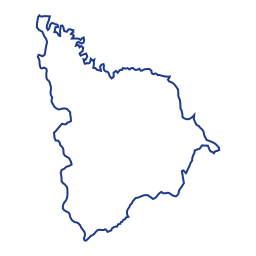 outline of São Jerônimo da Serra, Paraná, Brazil
{"feature_id": "56859067B6794406070679", "entity_name": "São Jerônimo da Serra", "entity_type": "district", "adm_level": 2, "iso_a3": "BRA", "parent_name": "Brazil", "parent_adm1": "Paraná", "projection": "equal_earth", "projection_center": [-50.795, -23.707], "detail": "fine", "context": "isolated", "style": "outline", "palette": "blue", "viewbox_px": 256, "rotation_deg": 0, "n_neighbors": 0, "source": "geoboundaries", "source_scale": "gbopen_adm2", "svg_char_len": 4407}
<svg xmlns="http://www.w3.org/2000/svg" viewBox="0 0 256 256"><path d="M39.3,15.4L38.2,17.0L37.5,20.4L37.0,24.0L36.9,27.3L39.1,30.1L40.5,30.7L42.4,31.8L44.1,35.9L46.1,39.0L47.1,41.9L46.4,45.0L45.8,47.9L45.3,51.0L44.9,54.0L44.0,55.4L42.3,56.2L39.8,55.1L38.5,54.9L37.8,57.0L38.9,58.7L39.5,61.0L39.6,64.0L40.0,65.8L40.6,68.0L41.9,68.4L44.2,67.6L46.3,68.8L46.8,70.8L46.3,73.2L46.4,77.6L47.0,79.2L49.5,81.8L50.1,84.5L50.8,86.1L51.0,88.8L50.6,91.6L50.6,93.4L50.9,95.1L52.2,97.5L51.7,99.3L51.5,101.7L52.7,103.7L54.1,106.4L55.9,108.1L58.9,109.5L62.5,108.6L64.3,108.4L67.1,109.0L68.6,110.7L70.2,112.2L70.2,114.7L70.7,116.9L71.0,121.0L69.1,122.1L67.4,122.6L66.3,124.0L65.0,124.4L62.0,123.8L59.5,126.6L55.6,131.3L54.0,132.6L54.3,135.3L54.5,137.7L55.6,140.5L58.0,140.6L59.6,142.4L60.2,145.0L62.5,147.5L63.4,149.6L63.5,151.7L63.7,153.8L64.9,155.7L66.8,156.8L68.8,157.9L69.8,159.4L70.9,161.6L71.6,164.6L70.2,165.4L68.7,166.0L67.2,166.6L65.8,167.2L64.2,168.8L61.7,169.9L60.7,172.8L61.3,175.8L61.6,178.6L61.5,181.2L63.0,183.1L64.9,184.5L66.8,186.8L67.4,189.2L67.5,194.4L67.0,198.0L65.9,200.5L64.8,201.9L63.6,203.5L62.9,206.0L62.9,208.7L64.5,210.5L67.8,212.2L69.0,213.0L69.7,214.6L70.1,216.8L71.9,220.1L74.1,221.8L76.5,222.5L78.3,223.2L80.2,225.4L81.2,227.6L82.4,229.3L84.3,231.7L84.9,233.4L84.9,235.5L83.9,238.5L84.5,240.3L85.9,240.6L87.2,239.5L88.7,238.2L89.9,236.9L91.0,235.8L92.7,235.0L94.3,233.8L95.8,231.9L97.5,230.2L99.3,229.7L101.3,230.0L103.7,230.0L105.0,229.3L106.3,229.9L107.5,231.9L109.4,231.1L111.3,230.4L111.8,228.6L113.4,227.4L115.4,226.6L117.2,226.5L118.0,224.4L120.4,223.8L120.8,222.2L122.2,221.8L123.3,219.8L125.0,219.3L126.1,217.4L128.4,216.8L127.4,215.2L126.9,213.0L127.2,210.4L128.2,208.7L129.4,206.9L130.3,204.7L131.9,203.3L132.7,201.3L134.2,199.7L135.5,198.1L137.7,197.7L139.5,197.0L141.4,196.2L144.3,195.2L147.7,195.1L149.7,196.6L151.1,197.4L152.7,198.9L154.5,198.4L155.9,197.4L157.2,195.8L158.5,194.2L159.7,193.0L161.4,191.9L163.0,193.2L165.4,193.3L167.0,192.8L168.8,192.9L170.8,194.2L172.5,195.4L174.5,196.2L176.0,196.3L177.5,195.1L178.5,193.6L179.0,190.6L180.2,188.6L181.3,187.3L182.5,185.4L183.9,183.1L183.4,180.1L182.8,176.9L182.3,173.5L181.9,171.1L183.4,170.4L184.7,171.8L186.0,173.2L187.6,169.8L188.3,168.3L189.3,166.3L190.6,162.9L192.2,160.4L192.2,158.4L193.2,155.3L194.4,152.9L194.7,150.4L196.1,150.0L197.5,149.3L199.5,148.9L200.7,147.3L202.0,145.4L204.4,145.6L205.7,145.6L207.9,145.7L209.8,150.4L211.1,151.7L212.5,151.9L213.8,153.3L215.1,151.4L217.6,150.7L219.1,150.1L219.0,147.8L217.2,145.7L215.4,143.9L213.1,142.5L211.3,141.8L209.8,141.0L208.3,140.6L206.6,139.9L205.7,138.1L204.4,135.7L203.5,131.6L202.3,129.6L200.1,127.7L198.9,126.1L196.3,124.6L194.9,121.8L193.8,118.9L194.2,115.0L192.6,116.9L189.2,119.1L186.5,119.2L184.1,118.3L182.4,116.9L182.4,114.2L181.6,110.5L180.5,108.6L180.3,103.8L180.0,100.4L178.8,97.5L178.3,95.3L178.3,93.0L178.0,89.5L176.7,87.5L175.0,85.2L173.1,83.2L170.6,81.9L169.1,81.4L167.9,79.6L168.9,78.4L169.7,76.6L168.2,76.8L166.2,76.5L164.2,76.4L162.2,75.8L160.6,75.4L159.2,74.9L157.8,75.1L156.5,73.8L155.2,73.5L153.4,74.2L151.9,73.3L151.3,70.6L149.4,69.0L146.9,69.1L145.0,69.2L143.2,69.9L141.9,70.7L140.6,70.6L139.4,68.7L137.7,69.6L135.7,70.0L134.2,69.2L133.0,68.0L131.1,68.2L129.6,69.5L127.6,68.2L125.3,68.6L122.8,68.1L122.1,69.9L120.2,69.9L118.8,71.2L117.7,72.7L115.9,70.9L113.6,72.7L113.6,74.7L113.7,76.8L111.6,78.4L109.7,76.2L108.8,73.4L107.6,71.8L105.5,71.4L104.2,70.2L103.6,67.8L104.0,65.8L103.5,64.1L101.7,64.6L100.1,66.4L100.4,68.3L101.0,70.8L99.0,70.3L97.0,69.8L95.4,68.1L93.3,67.9L93.9,64.0L93.9,61.4L94.3,59.6L92.5,60.5L90.8,58.8L90.3,61.3L89.6,62.8L88.3,63.4L86.8,63.1L85.1,63.9L84.2,62.5L83.5,59.3L85.5,59.8L87.3,56.4L86.1,53.6L84.1,54.2L82.4,54.9L80.6,55.6L79.5,53.6L82.6,51.0L83.2,47.7L81.2,45.9L79.5,47.3L78.5,44.9L75.9,45.7L76.8,42.8L78.5,41.8L80.5,43.1L82.1,43.4L83.5,42.6L84.1,40.6L83.6,37.5L82.1,38.3L80.5,40.0L79.4,39.0L77.9,38.5L75.1,38.5L72.0,38.5L73.9,35.8L72.9,34.5L71.0,34.1L72.1,32.5L73.3,32.1L73.3,30.2L71.9,30.0L70.3,29.3L68.5,29.4L66.8,31.8L64.2,31.0L63.3,26.9L62.2,25.5L60.8,25.8L60.4,28.4L60.0,31.1L60.2,33.1L60.2,35.9L58.8,35.6L57.4,33.0L56.2,32.1L54.4,32.1L55.0,29.7L55.5,27.1L57.9,27.1L57.9,25.3L56.6,24.4L55.2,24.2L54.0,23.5L52.1,22.9L50.3,24.5L49.2,28.5L47.9,29.9L46.8,28.0L46.8,25.8L47.7,23.2L48.9,20.0L49.8,16.3L47.7,16.3L46.3,16.1L44.9,16.1L42.0,16.5L40.6,16.4L39.3,15.4Z" fill="none" stroke="#1e3a8a" stroke-width="2"/></svg>